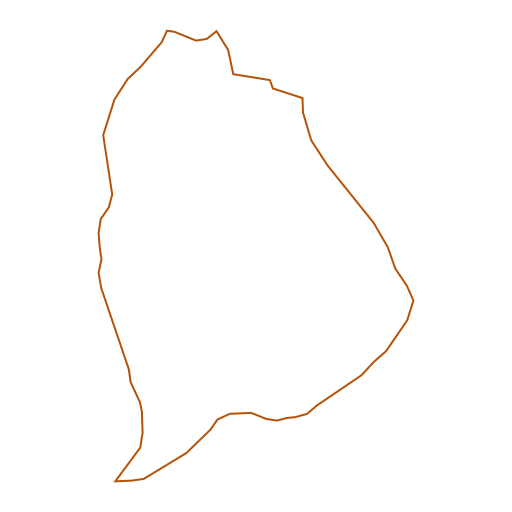 an SVG outline of Raymah
{"feature_id": "YEM-3499", "entity_name": "Raymah", "entity_type": "Governorate", "adm_level": 1, "iso_a3": "YEM", "parent_name": "Yemen", "parent_adm1": "", "projection": "robinson", "projection_center": [43.709, 14.654], "detail": "fine", "context": "isolated", "style": "outline", "palette": "amber", "viewbox_px": 512, "rotation_deg": 0, "n_neighbors": 0, "source": "natural_earth", "source_scale": "10m", "svg_char_len": 781}
<svg xmlns="http://www.w3.org/2000/svg" viewBox="0 0 512 512"><path d="M167.0,30.7L174.4,31.8L196.1,40.6L206.8,38.9L216.5,31.2L228.1,49.9L233.3,74.2L269.9,80.1L272.9,88.5L302.5,98.1L303.0,112.6L311.3,140.5L327.6,165.5L373.7,222.9L387.8,247.3L395.3,268.6L406.9,285.8L413.4,300.6L407.2,320.4L386.0,351.2L373.9,361.8L361.4,375.3L317.1,405.3L307.0,413.9L294.9,417.2L287.2,417.9L276.9,420.6L266.3,418.9L251.1,412.9L229.8,413.8L217.5,419.5L210.3,429.8L186.4,453.0L143.7,478.9L131.9,480.6L115.3,481.3L140.2,447.7L142.6,432.9L141.9,412.0L140.0,402.3L130.6,382.1L128.8,369.2L101.2,288.0L98.6,272.6L101.5,259.3L99.7,247.2L98.6,232.8L100.8,218.9L108.8,207.4L112.2,194.5L103.2,135.1L114.4,99.6L127.7,79.0L140.9,66.5L161.7,42.2L167.0,30.7Z" fill="none" stroke="#b45309" stroke-width="2"/></svg>